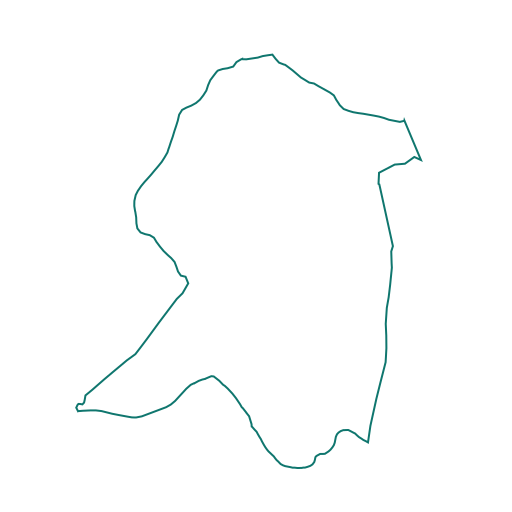 the district of Maswar, Hajjah, Yemen, rotated 11°
{"feature_id": "15242507B94987708240624", "entity_name": "Maswar", "entity_type": "district", "adm_level": 2, "iso_a3": "YEM", "parent_name": "Yemen", "parent_adm1": "Hajjah", "projection": "natural_earth1", "projection_center": [43.687, 15.597], "detail": "fine", "context": "isolated", "style": "outline", "palette": "teal", "viewbox_px": 512, "rotation_deg": 11, "n_neighbors": 0, "source": "geoboundaries", "source_scale": "gbopen_adm2", "svg_char_len": 3338}
<svg xmlns="http://www.w3.org/2000/svg" viewBox="0 0 512 512"><g transform="rotate(11 256 256)"><path d="M248.2,62.8L246.7,62.7L241.7,61.8L237.6,58.7L234.0,55.5L233.7,55.2L229.3,56.7L224.4,58.5L220.1,60.8L219.9,60.9L208.9,64.8L204.6,65.5L204.6,65.3L203.7,65.9L199.8,69.4L197.5,74.4L192.3,77.1L187.6,78.8L183.4,81.1L182.9,81.7L182.4,82.4L181.7,83.7L179.9,87.3L177.6,92.1L176.4,97.4L175.7,103.1L173.6,108.4L171.1,113.3L167.9,117.3L163.7,120.8L159.4,123.6L155.6,126.7L153.6,131.9L153.4,138.1L152.8,143.5L152.1,148.8L151.8,151.7L151.5,154.8L150.7,160.1L150.0,165.8L149.7,167.6L149.3,171.3L147.5,176.5L145.5,181.6L142.9,186.5L140.3,191.1L139.2,193.1L137.8,195.7L135.2,200.1L132.4,204.7L129.9,209.3L127.6,214.6L126.3,219.1L126.1,225.1L126.5,227.5L127.0,230.2L128.7,234.9L129.1,235.7L131.0,240.9L132.4,246.8L134.3,251.6L138.2,254.9L143.0,255.7L147.3,255.8L147.7,255.8L152.3,257.5L155.9,261.5L156.2,261.7L159.8,265.0L160.4,265.5L164.3,268.7L168.6,271.5L169.7,272.2L173.1,274.2L177.2,277.4L179.9,281.7L182.4,286.1L186.0,289.6L190.8,289.8L194.7,295.8L191.0,306.6L186.4,313.3L173.4,339.9L164.5,358.8L160.1,367.8L156.3,375.4L149.2,383.0L137.5,397.4L130.5,406.1L120.8,418.6L115.2,425.4L115.3,430.1L115.2,432.7L113.9,434.8L111.8,434.8L111.7,434.8L109.9,435.1L109.1,436.6L109.0,437.2L108.5,439.2L110.9,442.3L111.0,442.2L114.1,441.4L114.6,441.2L122.8,439.2L128.5,438.1L134.0,437.7L145.0,438.3L151.8,438.3L160.9,438.2L165.0,438.1L166.8,437.8L169.1,437.4L174.5,435.2L196.6,421.6L200.7,418.1L204.2,413.8L208.8,406.3L210.1,404.2L212.9,399.6L216.5,394.9L219.5,392.7L219.7,392.8L219.9,392.6L223.0,390.0L223.6,389.5L226.9,387.5L229.6,386.3L229.6,386.2L232.7,384.1L235.1,382.5L237.5,382.3L243.8,385.5L248.3,388.7L250.1,389.4L253.5,391.5L258.3,395.0L259.0,395.5L263.5,399.4L268.7,404.6L270.9,407.2L272.0,407.8L276.5,411.7L276.5,411.8L279.8,414.6L283.7,421.9L284.3,424.2L284.6,424.3L285.4,424.9L287.7,426.7L290.1,428.4L291.8,430.5L293.8,432.8L295.8,434.9L296.8,436.3L297.6,437.3L299.7,439.8L301.7,442.0L303.5,443.7L303.7,443.9L305.5,445.4L307.6,446.7L309.6,448.0L311.7,449.3L313.5,451.0L315.3,452.5L317.2,453.6L317.7,454.0L320.0,455.6L320.5,455.7L322.3,456.3L324.7,456.7L327.3,456.7L329.9,456.7L332.4,456.8L334.5,456.4L337.1,456.2L339.5,455.7L341.3,455.3L342.8,454.7L344.6,454.3L346.7,453.2L346.9,453.1L349.4,451.6L351.2,449.8L352.5,447.1L352.7,445.0L352.7,442.5L352.9,441.6L353.8,440.5L356.7,438.1L360.4,437.3L361.4,437.0L364.5,434.0L366.1,431.9L367.5,429.3L368.5,426.8L368.9,424.2L368.9,421.2L368.9,418.3L369.5,415.6L370.7,413.6L372.6,411.7L374.9,410.3L377.1,409.8L379.6,409.2L379.9,409.2L383.3,410.2L384.9,410.7L387.1,411.3L389.4,412.8L391.6,414.1L394.5,415.2L396.5,416.1L399.1,416.8L401.5,417.6L400.7,400.8L401.4,373.1L402.3,356.1L403.5,335.6L402.9,331.0L401.6,321.7L399.1,309.4L396.3,297.8L394.3,281.9L394.1,271.2L393.2,258.9L391.6,241.6L390.5,237.2L387.9,225.7L388.5,220.2L364.2,164.0L363.4,162.2L362.5,161.8L360.9,150.8L374.7,139.8L384.6,137.0L392.5,128.6L399.6,130.3L375.8,94.7L375.8,95.0L371.6,96.9L370.7,96.9L365.8,96.9L360.5,96.9L355.3,96.1L350.1,95.7L344.6,95.7L339.5,95.8L334.2,95.9L329.1,96.2L323.9,96.3L318.7,95.8L318.3,95.7L314.0,95.0L309.5,92.0L307.8,90.2L305.0,87.4L301.8,83.5L297.3,81.4L285.0,77.4L280.0,75.6L275.1,75.6L270.4,73.8L266.0,72.2L261.1,69.4L256.5,66.8L252.0,64.6L248.2,62.8Z" fill="none" stroke="#0f766e" stroke-width="2"/></g></svg>